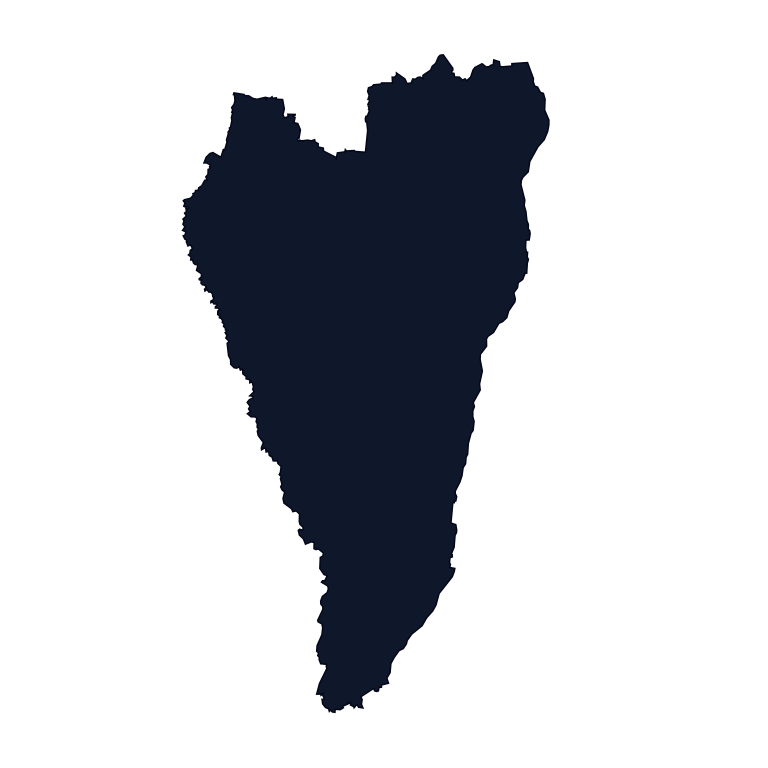 Nong Ya Sai, Suphan Buri, Thailand, rotated 265°
{"feature_id": "78962969B37617655473411", "entity_name": "Nong Ya Sai", "entity_type": "district", "adm_level": 2, "iso_a3": "THA", "parent_name": "Thailand", "parent_adm1": "Suphan Buri", "projection": "albers", "projection_center": [99.839, 14.777], "detail": "fine", "context": "isolated", "style": "filled", "palette": "ink", "viewbox_px": 768, "rotation_deg": 265, "n_neighbors": 0, "source": "geoboundaries", "source_scale": "gbopen_adm2", "svg_char_len": 6127}
<svg xmlns="http://www.w3.org/2000/svg" viewBox="0 0 768 768"><g transform="rotate(265 384 384)"><path d="M63.1,334.8L66.9,333.6L71.4,334.7L74.5,333.8L81.7,347.2L79.1,347.9L78.3,350.2L78.8,351.7L82.1,352.5L82.1,355.0L84.4,355.3L85.5,362.4L90.7,361.2L95.9,364.9L104.9,366.5L110.8,370.4L117.0,375.7L118.8,380.2L123.2,383.7L126.4,384.7L132.5,389.9L139.9,400.9L147.4,406.1L153.5,412.6L159.2,416.5L170.5,420.6L186.0,435.2L191.0,437.6L194.1,438.5L195.5,433.5L198.6,434.5L200.0,433.7L205.2,434.6L205.8,437.0L208.3,437.0L208.7,436.2L215.2,439.6L227.1,441.6L229.5,443.2L232.3,443.7L237.6,443.3L239.7,438.6L259.6,442.2L259.6,443.7L261.1,443.8L261.1,445.3L265.5,446.6L268.8,445.4L271.2,445.7L279.6,451.0L285.8,453.7L293.7,455.5L297.4,458.3L303.9,459.4L306.7,461.2L317.4,462.8L327.5,466.5L329.9,468.7L338.9,470.5L343.6,469.6L349.4,470.1L353.6,472.1L357.7,471.3L369.6,479.3L375.8,479.2L388.3,483.1L400.1,481.9L405.2,482.6L412.7,489.5L420.0,490.0L422.5,491.8L425.8,497.6L434.4,503.7L435.8,507.6L439.4,512.1L445.8,514.5L454.5,521.6L457.4,522.2L463.6,521.3L468.3,525.4L473.2,526.5L476.1,531.3L482.2,534.3L481.9,535.8L491.9,537.3L495.4,538.7L498.2,537.8L502.8,538.5L502.9,537.4L507.5,536.9L515.0,537.9L514.8,541.2L521.1,542.7L524.2,542.4L525.8,541.2L530.5,541.7L534.2,540.6L543.7,540.4L549.6,539.2L554.9,540.3L570.5,537.8L574.9,538.6L578.0,540.5L582.8,546.2L592.9,548.6L607.0,558.1L613.4,564.9L621.2,569.0L627.7,570.8L632.6,571.3L642.9,567.9L653.6,569.3L659.6,568.1L660.9,565.2L666.4,562.9L667.7,560.1L672.3,559.0L675.2,559.5L691.7,555.0L692.0,539.3L689.6,539.2L689.7,528.7L690.7,527.2L695.0,527.0L697.3,521.6L692.2,520.6L692.5,518.8L691.0,516.2L690.9,513.5L694.5,509.6L691.3,502.0L689.1,500.1L682.1,497.0L678.9,492.7L681.0,491.4L679.9,488.7L683.2,485.8L683.7,481.1L687.4,480.8L687.6,478.7L689.8,478.7L690.3,479.8L692.5,480.1L706.8,471.7L706.6,468.5L705.0,466.7L698.9,463.4L696.3,459.7L692.6,457.8L688.1,449.7L684.8,449.4L686.7,446.8L686.4,444.2L684.9,441.8L685.4,439.2L681.5,437.3L681.3,433.2L686.1,431.4L692.8,423.5L690.7,423.4L688.7,421.2L689.0,418.9L683.2,418.7L684.1,407.7L683.0,407.3L683.0,399.7L681.3,397.9L680.5,394.4L677.0,393.2L672.7,394.4L669.0,392.9L669.0,393.9L667.1,394.2L664.0,392.3L659.7,393.1L658.8,392.5L657.8,393.4L652.3,390.7L652.3,389.4L649.9,388.5L647.0,388.6L645.6,389.7L637.8,389.8L616.5,385.7L618.2,375.6L619.2,374.7L619.4,367.0L620.9,365.9L618.7,365.3L618.3,357.7L612.5,356.0L614.4,355.2L621.3,344.1L624.3,344.1L625.9,339.0L629.2,339.4L631.1,336.5L633.4,336.2L632.6,332.6L633.6,329.4L633.4,323.0L634.3,321.2L633.5,320.8L634.5,319.1L636.6,320.0L636.4,320.8L644.5,322.9L651.0,320.8L652.2,317.1L657.2,318.6L657.7,316.9L659.0,317.2L659.2,318.7L660.3,319.0L661.1,311.7L658.7,311.9L657.8,308.0L661.0,306.8L666.8,308.7L676.2,307.8L677.1,301.6L678.5,301.7L678.3,298.1L679.9,297.5L678.5,295.5L679.8,291.2L677.9,291.2L679.8,290.0L678.7,282.3L680.0,278.2L682.8,274.5L683.5,270.4L684.6,269.8L687.1,259.9L685.4,259.2L685.1,260.2L679.1,260.2L675.6,258.9L672.7,256.3L670.2,257.1L668.1,256.1L668.1,257.1L662.7,255.2L659.8,255.4L653.2,253.5L652.5,252.3L650.8,252.5L648.5,250.6L646.8,250.7L640.9,248.4L638.5,248.6L631.2,245.7L631.6,244.4L624.1,241.3L629.5,233.7L628.8,230.7L625.4,226.6L619.9,223.9L619.7,226.5L617.4,230.2L615.5,229.1L613.8,229.7L613.1,227.5L608.1,226.9L605.8,224.5L602.9,225.7L602.5,223.1L597.3,219.7L595.7,216.6L593.1,215.6L593.2,213.1L591.0,212.5L590.3,210.2L588.8,210.6L585.9,207.5L585.0,201.3L584.0,200.0L581.7,201.5L578.5,200.0L577.3,202.2L577.6,203.7L576.5,204.7L575.6,203.7L575.9,202.0L573.0,202.2L571.6,200.2L568.6,201.8L565.8,198.1L563.8,199.0L560.7,197.6L557.9,199.4L554.6,196.7L552.8,199.9L549.7,198.7L549.1,196.9L545.6,198.3L544.8,199.9L542.7,199.5L538.6,200.7L539.6,203.2L536.4,204.8L534.9,204.4L534.1,202.7L530.8,202.0L529.6,200.4L527.4,202.9L524.4,202.2L524.3,204.2L521.3,204.7L519.5,206.2L519.4,208.2L517.6,208.6L513.5,207.1L509.8,211.7L506.8,211.5L504.8,208.9L503.8,209.3L503.4,211.0L500.2,210.5L498.6,211.8L498.1,214.1L495.9,215.4L494.1,213.5L492.2,213.7L493.5,216.0L490.9,217.4L490.5,219.9L488.4,221.0L486.0,221.0L485.4,221.9L482.7,221.2L481.7,218.8L480.1,218.6L480.8,220.5L478.7,221.3L478.1,224.5L477.0,224.8L475.8,222.8L474.4,222.6L474.1,225.2L472.2,226.9L471.2,224.8L467.6,224.4L466.6,226.1L464.4,225.8L463.4,227.6L461.1,228.8L459.4,228.2L457.7,230.0L455.5,229.1L453.4,230.9L451.7,230.7L450.9,232.5L449.1,230.2L445.9,231.8L443.6,230.4L440.0,233.5L438.2,231.3L425.8,231.6L421.6,233.3L417.0,233.0L413.3,236.1L412.6,238.5L413.7,241.4L410.4,242.1L411.2,244.4L406.4,244.3L403.3,247.5L401.2,247.0L399.9,250.7L396.9,250.4L397.4,252.1L396.7,253.0L392.2,253.7L390.2,252.7L387.6,253.8L383.9,249.2L383.2,252.2L381.7,252.4L380.1,248.5L377.6,246.1L373.5,248.6L371.0,246.9L368.1,248.4L366.3,245.3L362.9,248.7L362.5,252.9L360.7,254.4L357.6,253.3L355.3,254.4L352.1,253.8L349.9,255.0L348.0,253.7L343.7,254.2L336.2,258.7L331.2,256.3L329.1,256.3L330.6,259.3L329.9,260.5L326.5,260.6L326.9,262.2L326.1,263.3L322.8,263.5L321.0,266.1L317.1,266.9L316.6,271.1L314.1,271.4L310.8,274.3L305.0,273.1L302.9,271.7L300.7,273.6L298.6,272.6L293.0,273.6L290.5,272.1L287.3,273.3L285.1,275.6L278.6,273.4L274.0,274.0L267.7,281.1L264.8,282.0L265.2,285.5L261.8,288.5L254.2,287.6L251.5,288.1L248.6,290.7L247.1,290.9L245.4,290.1L246.7,287.3L245.7,285.9L240.9,286.5L236.8,290.2L231.3,291.8L233.1,297.8L232.2,300.6L226.1,299.9L225.0,301.6L225.4,304.3L221.0,308.8L218.1,308.2L216.7,305.4L205.8,304.0L199.4,307.6L198.4,309.9L197.3,310.3L193.3,308.0L193.3,305.5L192.0,304.4L187.7,310.4L184.7,310.7L181.1,309.2L177.8,304.1L173.4,302.0L170.3,301.9L167.6,303.6L164.9,303.5L154.3,297.3L152.7,297.7L150.5,301.2L146.5,301.7L139.6,300.3L129.3,294.6L123.6,293.6L122.0,295.4L119.2,294.3L117.5,295.7L114.9,295.4L110.8,296.6L109.7,302.6L107.6,301.8L105.8,302.4L91.2,293.6L80.9,289.9L80.6,294.1L79.4,294.1L80.8,296.4L79.2,295.9L76.3,296.9L74.9,296.5L75.3,294.8L70.7,295.0L66.9,297.5L65.3,300.5L62.6,301.0L63.8,302.5L61.8,303.9L61.2,306.5L64.2,307.0L63.4,312.0L65.0,315.3L66.5,314.5L68.2,319.7L70.0,320.5L68.8,321.0L69.6,323.0L67.2,322.6L65.1,325.8L64.1,326.0L67.2,329.1L64.2,330.5L63.1,334.8Z" fill="#0f172a" stroke="#020617" stroke-width="1.5"/></g></svg>